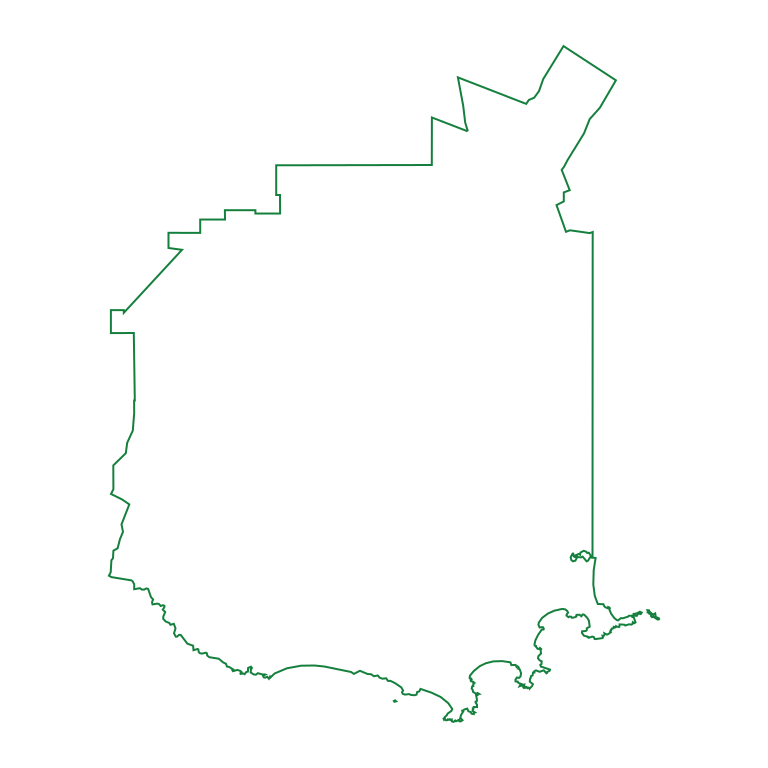 the district of Jerramungup, Western Australia, Australia
{"feature_id": "25037944B23551861043119", "entity_name": "Jerramungup", "entity_type": "district", "adm_level": 2, "iso_a3": "AUS", "parent_name": "Australia", "parent_adm1": "Western Australia", "projection": "natural_earth1", "projection_center": [119.283, -34.031], "detail": "fine", "context": "isolated", "style": "outline", "palette": "green", "viewbox_px": 768, "rotation_deg": 0, "n_neighbors": 0, "source": "geoboundaries", "source_scale": "gbopen_adm2", "svg_char_len": 6126}
<svg xmlns="http://www.w3.org/2000/svg" viewBox="0 0 768 768"><path d="M270.4,677.5L274.6,673.5L286.9,668.3L301.1,665.7L314.4,665.5L324.3,666.5L351.1,672.0L353.9,673.9L359.9,670.8L367.6,674.0L371.0,674.2L373.9,676.2L377.9,675.5L379.5,677.6L382.4,678.7L386.2,678.3L387.9,680.9L390.5,680.9L395.2,683.2L401.3,687.4L403.1,690.6L402.0,692.2L402.7,693.8L405.0,694.6L409.0,694.1L411.2,695.0L414.7,695.2L416.6,694.6L417.1,692.1L419.3,691.4L420.5,688.9L431.6,692.7L440.7,697.0L448.3,703.2L452.3,709.1L451.3,711.0L447.6,713.6L446.8,715.3L444.7,717.2L444.7,718.2L443.8,718.4L443.0,719.3L443.7,718.9L444.1,719.8L444.9,719.0L444.9,719.6L446.1,720.3L447.5,720.1L447.9,719.3L449.0,719.8L449.9,719.2L450.5,720.0L451.8,719.5L451.9,721.4L453.5,721.9L455.2,720.5L456.0,721.3L459.3,719.6L459.3,721.2L460.5,721.5L462.5,720.2L461.2,718.7L460.1,718.6L461.1,714.9L462.7,712.4L462.3,710.9L463.3,711.1L463.3,710.2L464.8,709.3L467.2,708.6L468.4,711.3L470.6,712.0L471.5,713.6L473.8,714.1L473.9,712.9L475.0,712.5L472.6,711.0L472.8,708.7L473.3,708.9L473.7,707.0L477.0,707.1L477.0,704.7L475.5,702.4L475.6,701.6L476.7,701.4L477.0,699.8L476.1,695.3L477.6,695.1L477.8,694.0L479.0,693.9L477.6,693.0L476.0,693.8L473.0,691.8L472.7,689.8L471.7,688.7L472.1,686.6L473.3,686.1L472.9,685.3L473.6,684.5L473.3,683.1L474.3,682.8L472.9,681.6L470.9,681.2L470.7,680.5L471.6,679.3L471.3,678.6L469.8,678.5L469.6,677.6L470.0,675.6L473.8,671.0L479.7,666.2L485.7,663.3L493.2,661.4L502.1,661.1L510.4,662.3L511.4,665.1L515.6,664.9L516.6,667.0L517.5,666.3L518.4,667.0L518.8,667.8L518.2,668.7L519.7,669.3L521.1,673.2L520.5,676.5L519.0,677.9L516.9,677.5L515.5,679.6L515.5,681.4L517.7,681.6L517.7,682.2L518.9,683.1L521.4,684.0L521.0,684.6L521.4,684.9L524.1,684.6L523.3,685.9L524.0,685.8L523.9,686.6L524.8,686.7L523.6,687.6L524.0,688.0L527.7,687.5L527.8,688.2L529.7,687.9L529.8,688.5L532.2,685.8L532.9,684.1L529.8,681.7L530.1,678.5L530.7,678.0L530.9,676.2L532.6,675.4L533.0,672.6L534.4,672.5L534.2,671.3L536.0,670.4L539.6,671.8L543.8,670.3L546.4,673.3L547.0,672.9L546.8,672.2L549.6,670.8L550.0,669.6L540.8,666.5L540.3,664.8L541.5,664.0L541.7,661.3L539.7,660.4L538.0,658.3L538.3,656.3L541.0,653.5L540.6,650.2L541.2,649.1L539.9,647.9L538.9,649.0L537.7,648.9L536.2,647.1L536.1,646.0L534.7,645.6L534.5,644.4L535.4,640.3L538.2,634.7L541.7,629.7L543.5,629.5L543.8,628.6L542.8,627.1L539.6,627.5L538.4,624.7L538.8,622.6L542.1,617.9L548.0,613.5L554.3,610.7L562.3,608.9L565.3,609.4L567.2,610.9L568.1,612.6L566.7,614.4L566.5,615.6L568.5,617.2L569.3,616.6L571.1,616.7L571.9,617.8L574.7,617.3L576.4,616.5L576.3,615.1L576.8,614.8L579.7,614.8L581.3,616.3L582.7,614.4L584.3,614.8L587.1,617.7L588.9,620.6L589.7,626.7L586.8,628.3L586.7,630.3L585.7,631.0L582.1,631.3L581.9,632.8L583.8,635.6L588.1,636.8L587.9,637.3L588.7,637.8L592.4,636.6L594.1,637.3L594.5,638.9L595.2,639.1L602.6,638.1L603.0,636.9L602.5,635.7L603.7,635.8L604.7,634.4L604.4,633.3L606.9,634.6L608.4,634.0L610.9,632.2L610.2,631.5L610.7,630.1L611.3,630.1L611.8,628.5L613.6,628.3L613.8,626.8L615.4,627.3L616.0,626.1L616.9,626.8L619.3,626.9L619.6,624.4L624.4,624.7L625.2,625.5L629.1,624.3L631.5,624.6L632.6,623.8L632.8,622.2L634.3,623.2L635.5,622.4L633.9,617.7L632.0,616.7L631.7,615.7L628.8,615.8L628.0,616.7L622.7,618.3L621.0,618.1L618.0,620.4L616.7,620.0L614.1,617.8L611.1,613.6L609.3,609.5L609.9,608.2L609.4,607.5L608.3,607.1L608.4,607.9L607.2,608.2L604.5,606.6L603.4,604.2L597.8,604.0L594.8,596.0L593.3,584.5L593.7,570.2L595.6,558.0L590.0,557.4L588.1,560.6L586.6,561.3L582.6,556.6L580.9,557.4L577.4,557.0L575.3,560.7L573.0,561.3L571.4,560.1L570.6,557.4L572.1,554.5L572.9,554.9L573.0,552.7L573.7,556.4L575.8,557.2L576.9,556.8L576.9,556.3L574.9,556.8L574.7,555.7L578.6,554.0L580.1,554.7L580.4,552.6L583.7,550.8L586.2,551.7L587.2,553.0L588.8,552.7L590.6,555.5L592.5,556.6L592.7,232.0L589.8,233.1L570.0,230.3L566.0,231.8L556.5,205.1L563.8,201.4L563.8,192.4L569.7,190.2L561.7,169.9L564.0,166.8L567.5,160.2L584.0,133.4L589.7,119.1L599.9,107.7L615.9,80.3L563.5,46.1L543.2,79.1L539.0,91.1L534.2,97.7L528.8,100.0L526.2,103.9L457.9,77.4L463.2,105.7L465.2,122.6L467.6,130.3L466.8,131.0L431.9,117.5L431.8,165.0L276.2,165.3L276.2,195.0L280.0,195.0L280.1,213.5L255.4,213.5L255.4,210.2L224.9,210.2L225.0,219.5L200.2,219.5L200.2,232.9L168.5,232.8L168.5,248.0L182.0,249.8L123.8,312.8L123.8,310.1L110.9,310.1L110.9,333.1L133.8,333.0L134.8,400.5L134.1,400.5L134.2,413.1L132.8,430.6L127.2,442.8L125.8,453.2L113.3,465.4L113.4,489.2L111.0,494.0L122.0,499.4L129.3,504.4L121.5,524.4L123.0,531.8L120.0,539.1L117.6,548.3L113.4,550.7L113.0,558.3L111.4,560.2L110.7,572.3L108.9,575.7L111.4,577.1L131.5,580.4L132.5,581.1L134.2,584.2L134.2,589.2L140.0,588.2L141.7,589.5L144.2,589.6L146.4,588.4L148.1,588.9L151.0,597.2L153.1,599.5L152.0,602.2L152.5,604.4L157.5,603.6L159.1,604.1L160.7,606.0L162.9,605.2L164.4,605.8L164.4,607.1L162.8,609.7L165.2,612.0L163.3,616.5L163.2,618.8L165.7,621.5L169.4,623.0L170.4,624.8L173.8,623.8L175.5,628.4L174.0,633.3L175.8,636.7L176.9,636.7L179.2,634.8L180.8,635.0L187.4,643.7L193.1,645.7L193.5,650.2L197.6,649.0L198.3,649.3L198.7,652.0L199.9,653.2L201.9,653.6L206.0,652.7L206.9,653.3L207.2,655.5L209.3,657.2L218.7,658.7L223.3,662.5L225.9,663.7L227.0,666.6L228.9,666.8L233.6,669.7L233.7,670.2L232.5,670.4L233.0,671.2L237.3,669.9L240.2,670.9L241.5,672.1L240.4,673.2L240.6,673.9L243.3,673.5L244.6,674.2L246.3,672.0L247.9,671.6L248.1,667.9L250.9,666.7L251.9,667.9L251.6,668.5L251.3,667.8L250.9,668.7L250.7,672.5L253.6,674.4L255.9,674.7L257.8,673.2L262.8,674.5L264.7,674.4L265.3,674.6L263.0,675.7L263.7,677.3L265.2,677.7L267.2,676.7L268.9,678.8L270.0,676.7L270.4,677.5ZM649.2,613.6L651.4,614.4L650.9,615.9L651.8,617.0L653.2,616.1L653.3,617.0L654.9,616.9L655.6,615.3L655.2,613.4L653.7,614.3L652.0,613.9L649.2,611.2L649.0,610.3L647.4,610.2L647.9,611.3L647.6,612.4L649.5,612.9L649.2,613.6ZM636.5,613.5L633.6,613.9L633.2,615.6L636.9,615.8L638.1,613.5L640.7,614.1L641.7,612.6L639.9,611.7L636.5,613.5ZM657.7,619.6L659.1,619.2L658.9,618.3L656.0,617.0L654.3,617.4L657.7,619.6ZM396.1,701.3L395.0,700.4L393.9,701.0L394.5,701.8L396.1,701.3ZM519.6,686.2L520.9,685.7L521.5,685.0L520.2,685.1L519.6,686.2Z" fill="none" stroke="#15803d" stroke-width="2"/></svg>